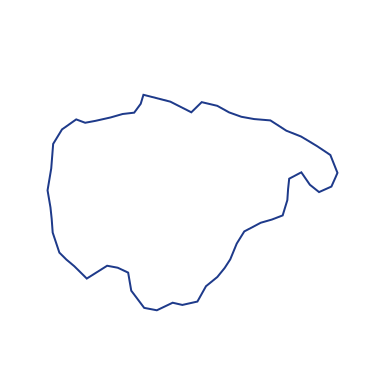 the district of Margo, Cyprus, rotated 254°
{"feature_id": "46923920B73680512248487", "entity_name": "Margo", "entity_type": "district", "adm_level": 2, "iso_a3": "CYP", "parent_name": "Cyprus", "parent_adm1": "", "projection": "albers", "projection_center": [33.485, 35.101], "detail": "fine", "context": "isolated", "style": "outline", "palette": "blue", "viewbox_px": 384, "rotation_deg": 254, "n_neighbors": 0, "source": "geoboundaries", "source_scale": "gbopen_adm2", "svg_char_len": 866}
<svg xmlns="http://www.w3.org/2000/svg" viewBox="0 0 384 384"><g transform="rotate(254 192 192)"><path d="M137.8,67.0L144.5,90.1L139.7,99.7L132.1,108.4L113.9,106.4L93.8,114.1L88.0,125.6L90.9,142.9L86.1,151.6L85.2,167.0L97.6,179.5L103.3,192.9L110.0,202.5L116.7,210.2L130.1,220.8L139.7,231.4L143.5,249.6L143.5,261.2L144.5,272.7L157.9,281.4L168.4,285.2L178.0,289.1L180.8,302.5L166.5,307.3L156.9,314.1L158.8,327.5L166.5,334.0L170.3,337.1L189.4,335.2L201.9,324.6L215.3,312.1L224.9,299.6L239.2,287.1L245.0,271.8L250.7,260.2L258.3,249.6L267.9,240.0L275.7,226.1L268.8,213.3L284.8,196.1L298.6,172.5L298.8,172.1L290.9,167.0L284.2,158.3L286.1,146.8L286.1,134.3L287.0,118.9L288.0,108.4L293.7,100.7L288.0,84.3L276.5,71.8L253.5,63.2L233.4,53.6L216.2,51.7L204.8,49.7L191.4,46.9L170.3,47.8L161.7,52.6L153.1,58.4L137.8,67.0Z" fill="none" stroke="#1e3a8a" stroke-width="2"/></g></svg>